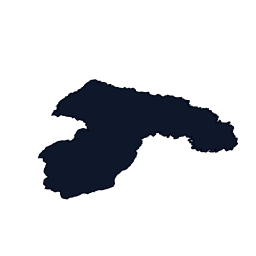 outline of Patía, Cauca, Colombia, rotated 249°
{"feature_id": "7082276B46133695651434", "entity_name": "Patía", "entity_type": "district", "adm_level": 2, "iso_a3": "COL", "parent_name": "Colombia", "parent_adm1": "Cauca", "projection": "equal_earth", "projection_center": [-77.047, 2.133], "detail": "fine", "context": "isolated", "style": "filled", "palette": "ink", "viewbox_px": 256, "rotation_deg": 249, "n_neighbors": 0, "source": "geoboundaries", "source_scale": "gbopen_adm2", "svg_char_len": 5818}
<svg xmlns="http://www.w3.org/2000/svg" viewBox="0 0 256 256"><g transform="rotate(249 128 128)"><path d="M79.2,93.3L81.1,95.3L83.3,95.7L85.7,96.9L88.6,100.7L89.5,104.2L90.6,106.3L90.9,108.0L90.6,109.0L90.6,111.5L91.0,112.8L92.3,115.0L92.2,115.8L92.7,116.8L93.4,117.0L94.1,118.9L95.4,121.0L96.7,121.9L97.2,122.9L97.9,123.2L98.4,124.9L99.8,125.7L101.2,127.1L102.1,127.1L103.6,126.5L104.7,127.1L104.9,128.5L105.4,129.4L105.4,130.4L106.7,131.3L107.3,133.5L107.9,134.1L108.5,134.1L108.8,135.4L110.1,135.5L110.7,136.3L112.2,135.7L113.9,136.3L113.1,137.8L113.6,139.6L113.3,141.3L113.4,141.8L113.1,142.5L113.8,142.8L113.5,144.4L114.1,144.6L114.3,145.5L114.2,146.5L113.5,147.2L113.2,148.8L112.8,148.9L112.2,148.3L111.5,148.7L112.3,151.2L114.1,152.4L113.8,153.4L113.3,154.0L113.0,155.6L112.4,156.2L111.4,155.6L110.6,156.7L107.8,158.7L106.9,161.5L106.3,161.8L105.2,161.6L105.1,162.7L106.7,164.1L106.7,164.7L106.1,165.9L104.9,166.4L102.8,168.1L101.7,167.4L101.5,167.7L100.9,171.0L102.0,172.5L100.9,177.2L101.5,178.7L101.3,179.3L98.7,179.7L98.2,181.2L97.2,182.3L97.1,183.6L96.7,184.0L95.4,183.2L95.2,180.4L94.7,180.0L94.2,180.9L94.9,182.8L94.0,183.5L93.6,184.9L92.3,184.6L91.7,183.6L91.8,182.5L92.9,181.4L92.7,180.7L92.1,180.8L91.7,182.0L91.0,182.3L89.7,181.8L89.1,182.0L88.5,183.6L88.0,183.9L87.3,183.2L87.2,180.9L86.8,180.4L86.1,180.5L85.6,181.0L84.8,184.0L84.4,184.4L83.2,184.1L81.8,185.4L81.8,186.4L82.3,187.5L82.1,188.4L81.6,188.6L81.5,188.0L80.8,187.7L80.0,188.0L79.5,188.8L79.0,190.7L78.0,191.8L77.9,193.0L79.4,196.5L78.4,197.8L77.6,198.0L77.2,197.6L77.0,195.9L76.5,196.3L75.4,198.8L75.3,199.6L75.7,200.4L76.7,201.0L76.9,201.7L76.8,202.1L75.4,201.8L74.5,201.1L74.2,201.3L74.0,202.9L74.6,204.3L74.5,207.4L74.9,208.8L75.0,210.1L74.8,210.6L73.6,211.3L72.5,211.3L71.6,211.8L71.7,215.6L70.5,217.1L71.3,218.4L72.5,219.0L72.8,221.0L74.2,224.4L74.8,224.4L75.7,223.7L79.0,226.0L79.3,225.9L79.8,224.8L80.4,224.3L81.4,224.2L81.8,224.7L82.4,224.7L83.1,223.4L84.3,224.3L87.0,223.4L87.6,224.3L88.4,224.6L90.2,226.4L91.2,226.6L92.9,225.3L93.6,225.1L93.9,224.6L93.8,223.6L95.0,223.1L95.6,223.2L96.4,224.9L97.0,225.0L97.2,224.3L97.0,222.4L97.2,221.2L99.0,217.2L100.1,216.3L101.0,216.8L102.1,216.4L102.0,215.8L100.8,214.4L101.5,213.7L101.8,212.5L103.1,212.6L103.7,214.3L105.1,214.9L106.0,216.1L106.8,215.5L107.9,215.3L108.6,212.5L109.2,212.7L109.5,214.3L109.9,213.8L110.1,212.7L111.6,212.5L111.7,211.1L113.9,211.7L114.4,211.3L114.9,210.0L115.2,209.7L116.5,209.3L117.2,209.6L117.3,208.5L118.2,208.0L118.0,206.7L119.2,205.0L119.0,204.0L119.2,203.0L120.3,202.6L120.8,202.9L121.0,202.4L120.9,200.6L121.9,199.8L122.2,199.9L122.5,199.3L122.9,199.5L124.1,195.9L125.2,195.4L125.6,194.5L125.8,192.7L126.4,192.8L127.2,193.8L128.4,192.7L129.0,192.6L130.5,194.3L131.6,192.5L131.9,193.9L133.4,190.9L134.8,190.2L135.8,188.8L135.9,187.9L136.6,187.8L136.9,188.7L137.2,188.7L138.0,185.5L138.7,183.9L140.0,182.1L141.5,181.3L142.6,178.5L144.2,176.7L144.2,176.2L143.8,175.8L144.4,174.3L144.1,172.4L144.2,171.1L145.2,170.9L146.0,169.8L147.0,169.7L148.3,168.1L148.5,167.5L148.0,164.5L149.0,163.5L149.5,162.4L151.6,159.7L153.1,160.0L153.9,159.7L154.5,156.8L156.6,153.2L157.0,151.3L157.8,149.7L159.5,148.0L160.8,148.3L162.9,147.3L163.2,146.1L163.2,144.9L163.7,143.6L164.4,143.4L164.6,142.9L164.6,140.9L165.2,140.3L166.8,139.5L166.4,137.8L166.6,136.6L166.9,135.9L167.5,135.5L167.9,134.0L168.8,133.6L170.6,130.2L172.7,128.9L172.9,128.4L172.8,127.4L173.3,126.8L174.6,127.3L175.2,126.0L174.9,124.9L175.1,124.0L177.5,123.5L179.0,121.6L179.4,120.1L180.2,119.3L180.6,118.5L181.4,118.6L181.9,117.4L181.1,117.2L181.0,116.7L182.9,116.0L184.5,114.8L185.5,110.2L184.7,108.2L184.5,105.9L184.0,105.2L183.8,103.8L183.0,102.7L182.4,102.4L182.4,101.5L182.0,101.4L181.8,100.7L181.7,98.9L180.9,98.1L181.1,95.4L180.8,95.2L180.4,95.8L180.3,94.3L179.8,94.3L179.9,92.6L180.2,92.5L180.2,92.2L180.0,91.9L179.4,92.2L179.3,91.8L179.4,91.4L179.7,91.7L180.5,91.1L179.8,89.0L180.7,87.3L180.7,86.5L180.1,86.5L180.3,85.8L179.9,85.3L180.0,84.5L179.2,84.2L178.8,83.1L179.0,82.5L178.7,81.9L179.1,80.9L178.3,80.4L177.9,77.4L177.4,76.9L177.5,75.8L177.0,74.8L177.2,74.5L176.6,73.7L176.2,72.6L175.6,72.8L175.0,71.5L174.7,71.7L174.5,70.6L174.2,70.7L174.1,71.6L173.8,71.7L173.8,69.7L172.8,70.7L172.6,70.1L172.2,70.0L172.3,69.4L171.5,69.0L171.1,69.9L170.6,69.0L170.2,69.0L170.2,68.3L169.7,68.5L169.7,67.9L169.3,67.5L170.0,67.1L170.5,65.5L169.5,64.7L167.9,62.3L167.3,62.0L167.2,63.4L166.7,64.2L165.6,65.6L164.0,66.5L164.0,67.5L164.9,69.9L164.6,70.7L163.1,72.1L162.7,73.5L161.4,74.7L159.0,79.6L157.6,80.0L157.6,81.3L157.3,82.4L155.8,82.6L153.5,83.8L153.6,85.8L151.8,88.1L151.2,89.3L150.8,89.4L150.1,89.0L149.6,89.2L147.6,91.2L146.0,89.7L145.0,90.5L144.2,90.7L141.9,90.0L139.8,90.1L140.0,89.7L140.9,89.2L143.4,85.9L143.7,80.9L143.1,79.7L142.4,79.5L142.3,78.5L141.6,78.3L140.3,75.9L138.2,75.4L137.5,74.2L136.8,74.5L136.8,73.6L136.3,73.3L136.7,72.1L136.3,71.7L136.0,69.9L135.8,69.7L136.1,69.6L136.5,68.3L137.5,68.2L138.1,67.3L137.9,66.7L138.2,66.3L138.2,64.7L139.5,61.5L140.2,57.6L139.8,54.7L139.2,53.7L139.3,53.0L139.8,53.0L139.1,50.5L139.2,49.9L138.9,49.6L139.1,48.4L138.8,45.8L139.1,45.0L137.0,42.1L136.8,40.0L136.0,39.7L136.0,39.0L134.9,36.3L132.4,34.1L130.9,38.0L129.1,38.1L127.6,37.4L124.9,39.4L123.7,39.8L121.8,37.7L121.0,37.4L119.5,35.5L116.9,34.1L113.5,34.9L111.3,36.2L110.7,36.1L110.2,35.6L110.2,33.7L109.4,31.3L106.2,29.4L105.4,29.4L103.4,30.9L102.0,30.2L101.2,29.4L100.2,31.1L99.3,33.5L98.5,34.5L97.4,34.6L96.3,35.9L95.1,36.7L94.6,37.6L94.6,39.3L93.5,41.7L92.5,42.2L89.5,41.4L87.0,41.6L86.0,42.3L83.8,45.9L84.3,47.5L84.4,49.2L83.7,51.3L83.8,53.6L83.3,54.9L83.3,58.5L83.4,59.9L83.8,60.2L83.7,62.6L82.8,64.9L82.2,65.6L81.8,66.6L81.3,66.9L81.6,68.1L81.5,70.5L81.7,71.4L81.4,73.1L80.9,73.5L81.4,74.7L81.1,78.9L79.9,81.5L79.2,88.1L79.2,93.3Z" fill="#0f172a" stroke="#020617" stroke-width="1.5"/></g></svg>